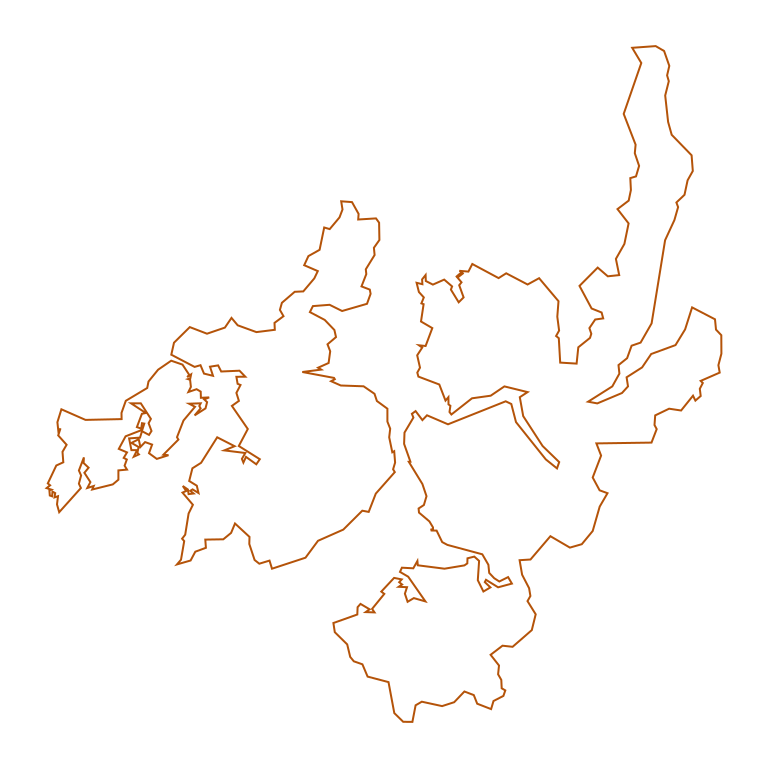 Sortland nor, Nordland, Norway
{"feature_id": "86288312B55921880538341", "entity_name": "Sortland nor", "entity_type": "district", "adm_level": 2, "iso_a3": "NOR", "parent_name": "Norway", "parent_adm1": "Nordland", "projection": "mercator", "projection_center": [15.403, 68.748], "detail": "fine", "context": "isolated", "style": "outline", "palette": "amber", "viewbox_px": 768, "rotation_deg": 0, "n_neighbors": 0, "source": "geoboundaries", "source_scale": "gbopen_adm2", "svg_char_len": 6073}
<svg xmlns="http://www.w3.org/2000/svg" viewBox="0 0 768 768"><path d="M539.1,278.2L527.6,284.5L506.2,273.3L498.6,278.1L472.3,264.0L468.4,271.6L459.3,270.8L462.1,271.8L455.9,277.1L463.6,272.9L457.5,277.6L461.5,282.3L459.2,285.2L463.6,297.4L458.7,302.3L450.9,289.6L452.1,286.4L444.2,279.6L432.9,284.6L425.8,281.0L425.6,275.0L422.1,279.4L422.4,284.2L416.6,282.8L418.9,292.0L423.8,297.4L421.4,303.4L423.6,304.2L421.0,321.5L432.3,328.1L425.6,346.0L419.0,345.3L422.2,347.6L417.2,355.3L420.0,367.7L417.3,372.6L418.4,376.6L439.3,384.5L445.5,400.6L448.4,397.2L448.5,404.4L450.4,405.8L449.5,412.0L451.4,414.5L472.0,398.3L490.7,395.7L504.4,386.4L527.6,392.1L519.8,397.2L523.2,416.1L542.6,446.0L559.2,462.1L557.0,468.4L545.8,459.4L516.0,422.1L511.3,404.0L505.7,401.3L448.0,424.3L427.0,415.3L422.4,420.1L415.6,411.1L411.9,413.8L413.4,417.6L404.5,432.6L404.1,443.9L410.4,461.7L408.8,461.8L422.4,484.0L426.5,496.2L423.9,505.0L418.6,508.5L419.0,512.6L429.4,521.4L433.0,527.4L433.0,529.0L431.3,529.5L431.5,530.5L436.6,530.6L442.2,542.1L447.4,544.9L482.3,554.3L488.4,564.8L489.2,572.9L494.2,578.2L499.3,581.5L508.1,577.1L511.9,583.6L498.1,587.3L486.0,579.8L484.8,582.1L490.4,587.4L483.4,591.5L477.8,580.2L479.1,560.9L474.3,556.6L467.5,558.3L467.3,563.4L464.4,565.4L444.5,568.7L417.8,565.3L417.4,561.0L413.3,568.3L401.9,567.7L400.0,571.9L408.2,576.7L425.4,601.4L413.8,598.1L407.6,601.8L404.9,593.7L407.0,587.2L398.7,586.8L402.1,584.5L399.2,582.2L401.7,579.4L394.1,577.9L381.3,591.6L384.3,593.9L372.1,608.9L374.5,612.4L365.7,612.1L369.6,609.3L360.5,603.9L357.6,607.2L357.3,614.5L333.4,623.0L334.8,632.2L347.2,644.4L350.2,656.9L353.8,661.3L362.4,664.3L367.6,676.6L388.5,682.1L394.3,713.1L403.2,721.8L412.4,721.9L415.6,705.3L421.8,701.7L442.1,706.1L454.2,702.2L464.4,691.5L473.8,695.1L477.2,703.7L491.1,709.1L493.5,701.0L503.4,695.9L505.3,690.4L501.7,688.3L501.3,679.9L498.1,674.3L499.0,665.5L490.6,654.8L502.5,645.7L512.6,646.8L531.8,630.1L535.7,614.3L527.5,601.1L530.4,596.0L529.1,588.2L522.1,574.7L519.6,560.2L530.5,559.5L550.4,536.2L569.9,547.6L581.8,544.2L592.7,531.0L599.7,506.6L607.5,493.2L599.6,490.3L592.7,477.5L601.1,455.6L596.4,443.4L651.5,442.6L656.7,429.1L654.5,425.0L655.2,415.4L669.1,408.7L681.1,410.5L693.0,395.7L695.4,400.6L700.7,396.0L699.8,388.8L702.8,383.0L700.7,380.9L719.7,372.6L718.4,365.2L721.4,353.7L721.3,335.2L716.0,329.6L715.0,319.3L692.1,307.4L685.1,329.4L675.5,345.1L651.2,354.0L642.1,367.4L626.6,377.3L628.0,386.4L622.0,393.0L597.3,403.4L588.1,401.7L612.3,386.4L619.4,373.6L618.5,365.1L627.1,358.2L631.6,345.7L640.6,342.6L651.6,323.4L665.1,240.2L674.4,220.1L678.1,207.1L676.4,202.5L684.5,194.8L687.6,180.3L692.8,171.0L691.6,155.3L671.7,134.8L668.1,121.9L665.2,95.5L668.8,81.2L667.1,75.4L669.3,65.9L664.1,51.0L655.7,46.1L632.2,47.8L641.3,63.0L623.7,113.9L635.6,144.7L634.8,153.2L639.1,165.9L636.0,176.4L630.3,178.1L630.9,190.0L628.7,200.6L617.5,209.1L628.6,223.4L624.4,243.9L615.9,258.9L619.2,275.1L607.8,276.3L597.7,267.6L579.5,285.9L591.6,308.5L601.6,312.5L603.2,318.4L595.2,319.5L589.4,328.1L591.3,333.8L590.0,337.9L578.3,347.3L576.6,363.6L560.2,362.6L558.8,338.2L556.1,336.0L559.1,330.6L557.3,316.7L558.5,301.2L539.1,278.2ZM272.0,568.7L305.5,557.7L318.0,540.8L343.3,529.6L362.3,510.7L368.7,511.9L375.8,493.6L394.8,472.1L393.1,469.3L395.1,462.6L394.2,451.2L392.3,452.3L389.2,437.3L390.2,428.7L387.4,421.6L387.4,408.7L376.9,401.0L374.5,393.8L363.6,386.3L340.8,385.5L331.1,381.2L334.8,379.2L334.0,377.9L302.3,372.0L321.2,369.6L318.1,367.7L328.6,363.0L330.2,351.3L327.5,344.3L336.0,337.1L334.4,330.0L324.7,319.9L309.9,312.1L312.9,306.1L329.6,304.8L342.1,311.0L367.0,303.8L370.6,293.8L369.8,289.6L361.5,286.4L366.3,274.1L365.8,269.3L374.6,255.0L373.9,247.8L379.4,240.0L379.1,222.7L376.0,218.4L358.2,219.5L358.6,213.9L352.0,202.1L341.2,201.3L342.5,209.5L339.5,217.4L329.7,229.1L324.2,227.5L319.6,249.8L308.4,256.1L304.2,265.2L317.8,271.1L314.3,278.4L303.3,291.4L294.7,291.8L281.9,302.8L279.9,309.9L283.5,316.2L274.5,322.9L274.8,329.8L256.4,332.1L237.7,325.3L231.5,317.9L224.9,327.6L207.0,333.7L189.8,327.1L174.0,342.7L171.3,354.7L194.6,366.9L200.5,365.2L204.0,373.6L213.0,375.8L210.0,366.7L218.1,365.4L221.2,371.5L239.5,370.7L245.3,376.7L236.4,376.8L237.6,383.8L240.5,385.0L236.4,392.9L238.9,400.9L231.9,405.9L247.8,429.0L238.8,446.0L259.8,459.2L256.3,464.3L246.0,456.9L243.4,462.6L241.9,458.9L245.3,453.0L224.3,450.4L234.6,446.2L217.2,437.3L201.1,462.8L192.4,468.3L189.2,481.0L196.8,485.7L198.5,493.0L192.6,489.4L190.3,490.8L193.6,493.5L188.6,494.1L187.9,489.5L182.8,486.0L186.2,491.0L182.5,492.6L192.9,504.8L188.6,513.5L185.2,534.7L182.1,538.7L184.2,541.1L181.0,559.7L177.0,564.4L190.6,560.5L195.3,551.7L205.9,547.8L205.3,539.6L223.3,539.3L231.1,532.9L235.0,523.5L249.5,536.9L249.3,544.0L254.6,560.0L259.3,563.7L269.5,560.6L272.0,568.7ZM58.4,431.5L60.5,428.4L58.2,435.4L66.6,444.8L62.5,451.8L63.3,462.3L56.3,465.5L47.8,483.4L50.1,485.3L46.6,488.1L51.3,489.6L49.4,490.4L49.8,495.5L52.1,496.3L52.5,491.6L55.2,493.1L54.5,497.4L58.0,496.2L57.0,504.4L59.2,512.2L80.9,488.0L78.9,483.7L81.1,475.5L78.9,470.5L83.9,457.4L83.6,463.0L88.6,467.7L84.4,472.8L90.4,482.1L87.3,488.0L93.7,486.0L92.2,489.5L112.8,484.4L118.4,479.7L118.4,470.4L127.0,469.6L124.6,465.7L126.8,459.5L123.7,457.9L127.0,452.4L118.8,448.9L125.6,436.3L142.3,429.8L144.3,423.6L142.0,423.2L141.2,428.6L136.9,427.1L141.9,413.8L145.8,413.0L131.0,403.3L140.8,403.3L150.9,418.9L148.6,423.2L151.5,431.0L149.0,434.9L142.0,431.2L140.0,437.6L129.1,438.4L131.4,450.1L137.1,450.1L133.8,456.7L138.9,454.4L137.4,452.7L138.6,447.0L131.5,442.9L138.7,439.2L140.4,447.0L145.1,442.1L152.1,444.6L149.0,453.2L156.8,458.9L168.5,455.2L163.4,454.7L178.4,439.6L177.0,437.2L183.5,420.5L195.0,406.8L189.1,403.7L200.7,403.3L199.3,406.0L200.6,408.4L194.6,415.4L205.5,408.4L207.1,402.1L204.2,399.4L209.2,397.4L200.9,397.8L200.7,391.6L196.6,389.2L188.4,392.0L190.9,386.9L190.1,379.8L188.0,379.1L190.3,378.3L191.1,374.4L187.2,377.1L189.2,374.8L182.5,364.6L171.2,360.7L158.1,369.7L148.5,381.5L147.2,388.0L125.8,400.8L121.5,412.9L121.6,419.1L85.5,419.9L61.4,409.3L57.4,422.2L58.4,431.5Z" fill="none" stroke="#b45309" stroke-width="2"/></svg>